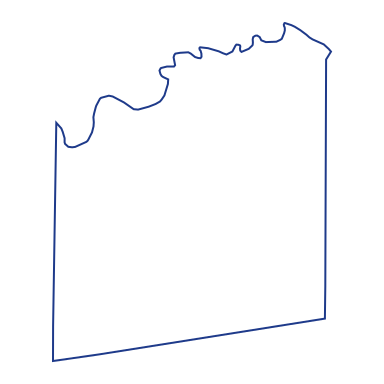 outline of Fannin, Texas, United States of America
{"feature_id": "52423323B62023249377371", "entity_name": "Fannin", "entity_type": "district", "adm_level": 2, "iso_a3": "USA", "parent_name": "United States of America", "parent_adm1": "Texas", "projection": "albers", "projection_center": [-96.114, 33.614], "detail": "fine", "context": "isolated", "style": "outline", "palette": "blue", "viewbox_px": 384, "rotation_deg": 0, "n_neighbors": 0, "source": "geoboundaries", "source_scale": "gbopen_adm2", "svg_char_len": 1389}
<svg xmlns="http://www.w3.org/2000/svg" viewBox="0 0 384 384"><path d="M99.1,354.4L324.9,318.6L325.3,286.3L326.1,59.5L331.0,51.6L328.8,49.0L323.8,44.4L312.6,39.4L309.4,37.4L306.4,34.7L300.2,30.1L294.7,26.7L291.3,25.1L284.8,23.0L284.4,23.2L283.8,24.6L284.0,26.0L284.6,27.2L284.8,28.2L284.8,30.5L284.1,33.2L281.8,38.8L280.2,39.9L276.4,41.7L265.9,42.1L261.3,40.3L259.7,37.1L257.3,35.6L255.9,35.6L254.8,36.0L253.2,37.1L252.7,39.3L252.9,42.6L252.7,44.7L252.4,45.4L248.8,48.8L241.5,51.9L240.6,51.1L240.2,50.3L240.0,48.5L240.3,46.6L240.1,45.5L238.6,44.8L236.4,44.6L235.5,45.6L232.4,51.5L226.5,54.5L223.1,53.3L218.7,51.3L208.1,48.2L200.1,47.3L199.4,48.1L199.5,48.7L199.7,49.7L200.6,50.8L201.4,53.6L201.5,56.8L200.5,58.2L198.1,58.0L195.0,57.0L190.8,53.6L188.3,52.3L180.1,52.8L175.4,53.6L174.4,54.8L173.6,57.3L175.1,65.2L174.0,66.5L167.1,66.5L161.1,68.0L160.6,68.4L159.5,70.5L160.4,73.9L161.5,75.8L162.6,76.7L163.9,77.4L165.8,78.3L168.2,79.4L167.9,84.0L164.4,95.5L161.7,99.5L160.0,101.5L155.6,104.0L150.5,106.0L148.7,106.7L138.1,109.6L133.7,109.2L123.9,102.4L112.7,96.5L108.9,95.7L101.1,97.8L99.9,98.8L96.3,105.6L95.7,107.4L94.1,113.5L93.4,117.2L93.8,122.3L93.5,126.5L92.0,132.4L88.4,139.5L87.5,140.9L86.3,141.9L75.2,146.9L72.2,147.3L68.3,146.8L65.1,143.9L64.6,142.4L64.6,138.2L62.7,131.8L61.3,128.4L56.3,122.8L53.1,325.9L53.0,361.0L99.1,354.4Z" fill="none" stroke="#1e3a8a" stroke-width="2"/></svg>